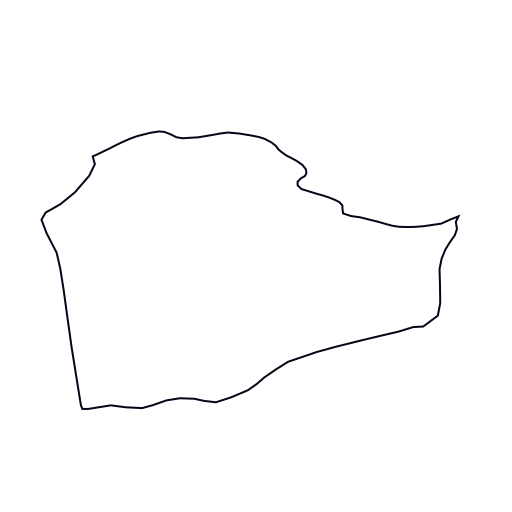 the district of Louetsi-Bibaka, Ngounié, Gabon, rotated 81°
{"feature_id": "22940354B39129548134605", "entity_name": "Louetsi-Bibaka", "entity_type": "district", "adm_level": 2, "iso_a3": "GAB", "parent_name": "Gabon", "parent_adm1": "Ngounié", "projection": "equal_earth", "projection_center": [12.206, -2.115], "detail": "fine", "context": "isolated", "style": "outline", "palette": "ink", "viewbox_px": 512, "rotation_deg": 81, "n_neighbors": 0, "source": "geoboundaries", "source_scale": "gbopen_adm2", "svg_char_len": 1481}
<svg xmlns="http://www.w3.org/2000/svg" viewBox="0 0 512 512"><g transform="rotate(81 256 256)"><path d="M248.5,49.8L250.3,58.0L253.0,67.9L252.8,85.6L252.1,94.3L251.2,101.2L249.5,110.1L247.5,116.5L245.0,122.1L241.1,130.5L238.2,137.4L234.0,147.3L231.4,155.9L227.6,163.3L224.1,163.3L219.5,162.8L215.8,165.3L212.9,169.3L209.4,175.2L206.5,180.8L204.3,185.8L199.9,194.7L197.0,200.6L192.9,203.8L189.1,203.3L186.2,199.3L184.7,195.2L181.9,193.2L178.1,193.2L173.3,195.9L168.6,200.8L165.3,205.0L161.4,210.4L157.4,214.4L154.1,217.3L150.4,219.1L146.2,223.0L141.6,229.2L138.9,234.6L136.1,242.3L132.5,253.1L129.7,264.2L129.4,271.4L129.6,279.5L129.7,287.9L129.7,295.0L128.8,303.7L128.3,309.8L126.3,316.0L122.4,321.4L119.1,327.1L117.8,332.3L117.8,341.1L119.0,354.4L120.3,361.4L122.4,369.5L124.5,376.6L127.6,386.2L129.7,393.3L131.4,398.9L132.0,401.7L140.1,400.8L150.7,408.2L164.8,424.9L174.2,441.0L180.2,457.0L186.6,462.2L200.6,459.3L221.5,452.4L237.7,451.3L259.5,451.3L288.1,451.9L317.9,452.4L375.5,452.3L379.9,451.5L380.8,445.4L380.8,430.9L380.8,422.8L385.1,408.1L388.4,392.3L387.3,382.0L384.6,367.0L384.6,353.4L387.3,339.4L390.9,330.2L394.2,318.5L391.7,302.7L387.3,285.0L382.4,275.1L377.2,266.7L371.2,254.2L365.5,240.9L363.1,227.0L360.3,210.8L358.1,191.3L355.7,163.8L354.3,145.4L353.0,127.3L350.8,111.9L351.8,101.8L343.3,85.7L331.3,81.4L312.7,78.7L297.8,76.8L287.5,73.0L279.2,67.9L272.9,62.5L266.6,56.4L260.9,53.3L253.5,53.3L248.5,49.8Z" fill="none" stroke="#020617" stroke-width="2"/></g></svg>